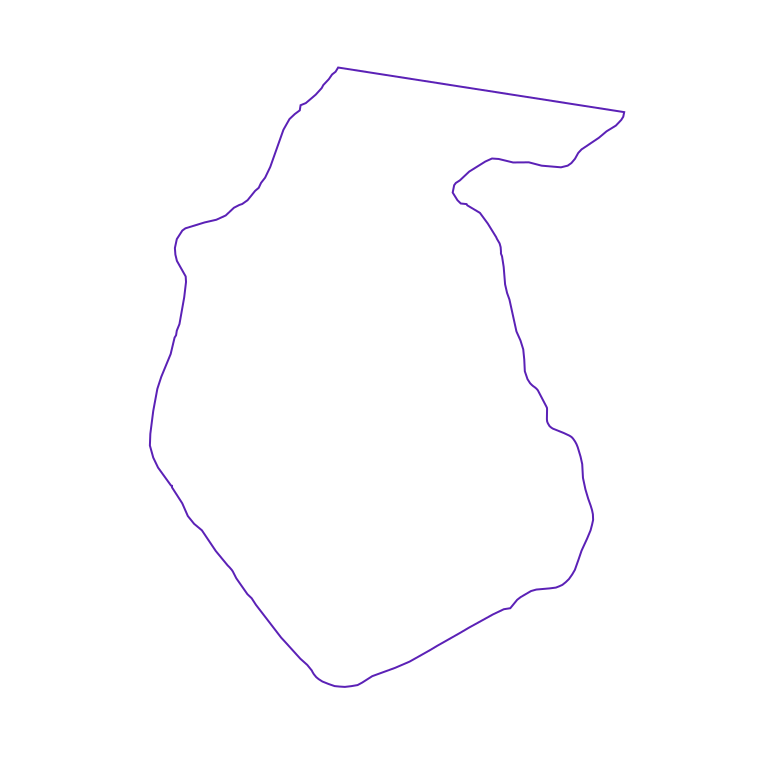 the district of San Mateo Ixtatán, Huehuetenango, Guatemala, rotated 9°
{"feature_id": "79465075B68216544960730", "entity_name": "San Mateo Ixtatán", "entity_type": "district", "adm_level": 2, "iso_a3": "GTM", "parent_name": "Guatemala", "parent_adm1": "Huehuetenango", "projection": "robinson", "projection_center": [-91.419, 15.932], "detail": "fine", "context": "isolated", "style": "outline", "palette": "violet", "viewbox_px": 768, "rotation_deg": 9, "n_neighbors": 0, "source": "geoboundaries", "source_scale": "gbopen_adm2", "svg_char_len": 2397}
<svg xmlns="http://www.w3.org/2000/svg" viewBox="0 0 768 768"><g transform="rotate(9 384 384)"><path d="M578.7,77.9L289.2,78.6L287.3,83.2L284.3,86.4L281.8,91.6L277.3,98.2L276.2,101.4L271.3,108.9L262.8,118.8L258.0,121.7L258.0,126.9L253.6,131.4L249.2,137.1L244.9,148.6L237.7,187.4L234.3,198.8L231.1,204.6L229.6,209.8L226.5,213.4L220.5,223.8L215.8,228.4L213.1,229.8L208.2,233.4L201.3,242.3L192.7,248.0L181.5,252.5L163.5,261.3L160.8,264.0L156.7,273.3L156.2,282.4L157.7,288.8L160.2,294.8L171.3,308.8L172.5,314.2L173.1,329.6L172.6,356.8L171.0,363.7L171.0,368.4L169.9,370.9L168.6,387.8L162.9,411.7L160.9,424.2L160.3,446.8L161.0,469.8L162.4,481.4L167.6,492.8L173.9,501.9L189.5,517.6L190.5,517.7L190.8,519.3L203.4,533.4L210.9,545.1L218.3,551.8L227.0,557.0L244.0,575.3L257.9,587.6L260.1,589.2L262.8,591.5L264.0,592.8L268.5,599.0L282.0,613.0L286.8,616.3L292.0,622.1L322.0,650.5L329.8,656.7L330.9,657.6L344.3,668.4L352.2,673.5L357.5,678.3L358.5,679.7L360.1,681.6L362.9,684.1L365.6,685.7L369.7,687.5L376.3,689.0L382.5,690.1L387.3,689.8L392.7,689.3L398.8,687.6L405.0,685.5L409.2,682.3L418.1,674.4L439.4,662.6L452.7,654.2L463.7,645.5L471.5,639.3L477.6,634.2L497.6,618.3L506.1,611.3L527.7,594.5L537.6,587.7L543.8,585.7L549.3,576.3L552.3,573.1L561.6,565.5L566.6,563.2L579.8,559.9L585.6,558.2L588.7,556.4L591.6,554.5L594.5,551.3L597.2,547.7L599.7,542.6L601.6,537.7L603.7,526.4L605.2,517.7L608.8,504.9L610.9,496.3L611.5,490.4L611.8,485.5L610.7,480.0L609.2,476.0L607.1,471.7L603.6,465.3L599.4,456.5L595.2,445.6L592.3,432.1L589.5,425.0L587.0,419.8L585.2,416.1L583.6,413.4L581.7,410.9L579.2,408.3L577.5,407.0L575.2,406.0L569.3,404.3L557.9,401.7L556.2,401.0L554.1,399.7L552.0,397.2L551.0,395.5L550.4,393.3L549.0,383.4L548.7,382.1L547.9,380.9L536.9,366.1L535.2,364.7L533.2,363.5L531.9,362.9L530.1,361.8L528.2,360.4L525.0,356.8L521.1,349.4L518.7,337.9L516.1,328.0L512.0,319.7L506.6,311.4L494.7,281.0L491.3,274.8L488.0,266.6L483.9,249.7L480.6,239.4L479.1,236.9L478.8,234.8L477.8,230.6L476.2,227.1L472.7,222.8L471.9,221.5L461.4,209.3L452.0,200.0L438.3,194.5L437.4,193.4L431.6,193.7L427.8,191.0L421.9,184.2L422.2,176.7L423.5,174.2L427.1,171.0L434.9,160.9L449.3,148.4L455.4,144.4L462.1,143.8L476.8,145.0L492.4,142.4L505.5,143.7L524.9,142.3L531.3,139.6L534.5,136.5L537.4,131.7L539.7,125.4L542.4,121.4L557.7,107.2L564.3,99.6L572.6,92.5L577.0,86.1L578.5,82.6L578.7,77.9Z" fill="none" stroke="#5b21b6" stroke-width="2"/></g></svg>